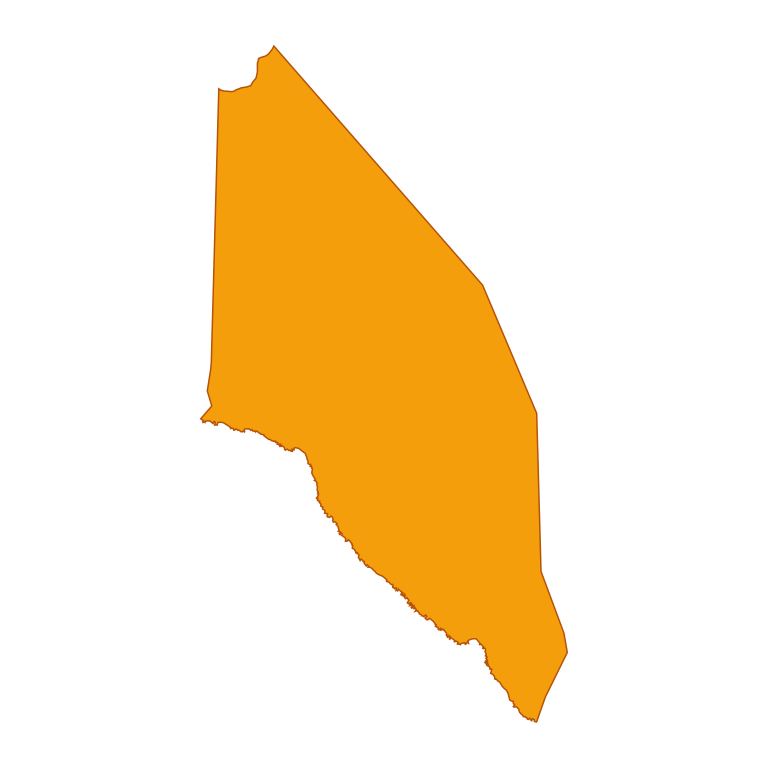 Mbadjini Ouest, Andjazîdja, Comoros
{"feature_id": "10938185B5285365051467", "entity_name": "Mbadjini Ouest", "entity_type": "district", "adm_level": 2, "iso_a3": "COM", "parent_name": "Comoros", "parent_adm1": "Andjazîdja", "projection": "mercator", "projection_center": [43.399, -11.847], "detail": "fine", "context": "isolated", "style": "filled", "palette": "amber", "viewbox_px": 768, "rotation_deg": 0, "n_neighbors": 0, "source": "geoboundaries", "source_scale": "gbopen_adm2", "svg_char_len": 6099}
<svg xmlns="http://www.w3.org/2000/svg" viewBox="0 0 768 768"><path d="M200.7,418.8L203.4,420.6L202.7,421.9L203.0,422.5L204.2,421.9L205.1,422.5L205.8,420.9L209.7,420.9L211.7,422.4L213.0,423.6L213.9,421.6L214.6,421.6L215.3,422.4L214.7,425.1L216.2,424.9L217.2,425.1L217.7,422.9L218.2,422.4L221.8,422.3L223.9,423.0L229.7,426.7L230.8,428.6L231.8,428.0L232.7,428.5L233.5,428.9L233.7,430.1L234.5,430.2L235.5,429.1L236.9,429.3L237.5,430.2L239.0,430.2L240.0,430.8L240.8,431.7L242.3,431.8L243.1,431.1L243.7,431.4L244.3,432.0L244.7,431.4L244.2,430.6L244.2,429.6L244.5,429.0L245.5,428.9L249.3,428.9L250.9,430.4L252.0,429.6L253.0,431.1L255.0,431.1L255.7,432.0L256.1,431.2L257.5,431.3L258.4,432.6L259.8,433.2L260.4,434.0L263.9,434.8L263.9,435.7L268.7,439.4L270.3,439.5L271.2,440.5L272.9,441.0L274.0,441.5L275.0,441.0L275.6,441.2L275.8,442.4L277.9,442.8L277.9,443.3L277.2,444.0L278.5,444.5L279.3,445.3L280.1,444.0L281.0,444.6L280.0,446.4L281.6,446.4L282.5,445.8L284.5,447.8L284.5,449.4L285.3,450.1L285.7,449.6L286.6,449.6L287.3,449.1L288.9,450.5L290.8,450.4L291.1,451.2L292.4,451.3L292.1,449.3L294.0,450.0L294.2,449.6L294.0,448.4L294.7,447.7L297.3,448.0L299.4,448.8L301.1,450.3L305.2,453.4L306.4,456.3L306.9,458.0L307.1,459.1L308.0,461.1L308.0,463.6L309.8,464.5L310.6,464.5L310.9,465.2L310.2,466.2L311.6,466.4L311.7,467.0L311.4,467.9L312.3,468.5L312.3,469.3L312.3,470.2L311.9,471.1L312.1,472.0L311.7,472.9L313.3,476.2L315.1,479.1L315.1,479.7L314.4,480.4L315.7,481.0L317.0,482.9L316.9,485.2L317.5,487.0L317.2,489.4L317.2,490.4L317.4,490.9L318.2,491.8L318.2,492.4L317.5,493.2L317.6,493.8L318.5,494.1L318.5,494.7L317.8,496.3L316.4,498.2L316.5,498.4L317.9,498.4L317.8,499.2L317.4,500.0L317.5,500.5L318.4,500.9L319.7,501.1L319.7,501.8L319.3,502.3L319.3,502.5L320.3,503.4L320.9,504.3L320.9,506.3L322.8,506.9L322.5,508.1L322.5,509.0L323.1,509.4L323.9,509.6L324.9,510.7L325.0,511.1L324.6,513.3L325.6,513.3L326.6,513.6L327.5,513.6L327.5,514.3L327.1,515.3L327.1,516.1L327.2,516.6L327.9,517.1L328.9,517.2L329.4,517.4L329.9,517.1L331.1,516.1L332.0,516.8L332.9,518.3L333.1,519.2L332.6,520.1L333.3,522.2L334.9,521.7L337.0,523.6L336.2,524.7L337.6,525.9L338.2,527.0L338.5,528.5L338.8,529.3L338.9,530.9L338.2,531.3L338.5,531.5L340.3,531.8L340.3,532.5L339.3,533.5L339.3,534.1L340.1,534.7L341.0,532.9L341.4,533.0L342.3,534.0L341.8,535.6L342.7,535.9L343.7,536.8L344.6,537.3L345.8,538.8L345.5,539.7L345.5,541.3L346.9,541.3L348.4,539.6L348.7,539.9L348.7,540.5L349.8,540.8L350.5,542.1L351.0,542.4L351.7,543.8L352.2,544.0L352.2,544.4L351.9,545.0L352.7,545.7L352.6,546.7L352.2,547.5L352.4,548.3L354.0,549.0L354.8,550.1L354.9,550.6L355.7,551.5L355.8,552.8L356.7,553.4L357.5,552.8L357.5,553.6L359.0,554.9L359.0,555.4L358.3,557.1L360.1,560.5L360.8,559.2L361.6,559.3L363.4,561.7L364.2,561.5L364.2,563.3L366.3,566.0L367.2,564.9L368.6,566.1L368.0,567.1L370.1,567.3L372.1,568.6L373.3,570.0L375.0,571.4L376.1,572.9L376.6,573.3L377.4,573.9L378.7,574.6L381.8,575.9L383.0,576.6L385.0,578.2L387.1,580.1L386.4,581.0L386.5,581.4L387.5,581.7L388.5,581.9L390.2,583.5L391.2,584.6L392.5,584.4L393.2,585.7L392.6,586.8L392.8,587.5L393.6,587.5L394.7,588.8L396.3,587.8L396.6,588.1L396.0,590.6L396.9,590.4L397.7,590.9L398.5,589.2L400.5,591.1L401.3,591.4L401.8,592.0L401.2,593.8L402.4,592.8L402.9,593.0L402.9,594.2L401.6,594.3L401.7,595.1L402.7,595.3L403.2,596.1L404.2,596.0L404.8,594.3L405.2,595.2L404.4,596.7L404.5,597.4L405.6,598.7L406.9,597.6L407.4,598.4L408.9,600.2L407.5,602.4L407.5,603.2L408.6,603.5L409.2,604.2L410.5,602.6L411.1,602.7L411.2,603.8L409.9,605.6L410.3,605.5L412.3,604.4L412.5,605.4L411.2,607.5L411.7,608.1L414.1,605.8L414.4,607.5L413.7,608.6L414.1,608.8L415.1,608.0L416.3,609.7L415.2,611.3L417.3,610.7L419.1,612.8L419.1,613.4L419.8,614.2L420.8,614.5L421.6,615.2L421.5,615.8L422.7,615.8L423.8,616.7L425.7,615.0L426.8,616.3L425.1,618.1L426.7,619.7L427.9,619.8L429.5,618.4L431.1,619.4L433.2,621.3L434.4,622.6L435.2,623.9L435.2,624.5L436.3,624.6L436.3,624.9L435.4,626.3L437.4,627.3L438.1,627.3L438.1,629.0L439.0,629.9L440.5,628.3L441.3,628.9L440.4,629.8L441.0,630.3L442.7,629.2L443.4,629.2L443.5,629.9L444.8,631.0L446.5,633.3L446.4,635.4L446.9,635.7L447.9,635.2L448.1,635.9L447.3,636.9L447.7,637.3L449.7,636.1L450.0,636.9L449.4,638.9L449.9,639.2L450.7,637.3L454.7,640.6L454.3,641.7L454.6,641.9L455.7,641.0L458.1,642.3L457.4,644.1L458.5,644.2L459.2,643.9L460.4,644.7L461.1,643.5L464.7,642.8L465.0,643.1L465.2,644.3L465.7,644.2L467.1,642.4L468.5,643.3L468.0,640.6L469.8,639.7L471.9,639.0L474.0,638.7L476.3,638.9L478.3,641.3L480.0,643.3L479.5,644.4L479.9,644.7L480.8,644.1L483.6,646.9L482.6,648.1L483.2,648.7L484.2,647.9L485.3,648.6L485.5,650.4L485.0,651.2L486.3,654.8L485.4,655.8L485.6,656.1L486.5,656.3L487.1,657.3L485.9,658.2L487.0,659.4L485.7,660.9L487.5,660.8L487.5,661.6L485.1,662.7L486.2,663.6L487.4,662.8L487.9,663.7L486.6,664.9L487.1,665.4L488.3,665.1L488.2,666.2L488.9,666.4L489.8,667.4L489.8,669.1L491.7,669.1L491.7,670.0L490.9,672.4L490.7,673.4L492.6,674.2L494.4,676.3L494.7,677.0L494.7,678.9L495.4,679.3L496.5,679.3L498.1,681.3L498.6,681.5L499.6,682.1L502.4,686.4L502.9,687.0L504.2,688.5L505.0,689.1L506.6,690.4L507.3,692.0L507.9,693.0L508.6,695.4L509.7,699.8L510.0,700.2L511.7,701.1L513.4,701.4L513.3,703.5L513.5,703.9L514.1,704.1L514.7,704.7L514.6,705.2L513.3,706.5L513.7,707.0L516.4,706.8L517.6,708.0L518.4,708.7L519.6,712.2L520.9,713.8L522.8,715.3L523.3,716.6L525.0,716.7L526.0,717.6L526.5,717.5L527.3,718.4L527.4,719.1L527.9,719.4L528.7,719.4L529.4,718.3L529.9,718.3L530.9,719.8L531.1,720.5L531.8,720.7L532.3,718.9L533.1,718.9L534.3,719.9L534.3,721.1L534.7,721.6L536.6,721.9L545.4,696.9L567.3,652.5L563.9,633.1L541.0,571.4L536.7,413.4L482.6,285.2L273.9,46.1L272.3,49.1L270.4,51.7L268.4,54.1L265.7,56.0L260.5,57.6L258.8,58.4L258.4,59.0L258.4,60.2L258.0,61.5L257.7,62.2L257.4,63.2L257.4,70.8L257.2,73.0L256.2,77.5L255.6,78.8L254.6,79.8L253.2,81.5L251.6,84.0L251.0,85.4L250.6,85.7L246.6,87.0L243.3,87.5L241.1,87.9L239.2,88.7L236.0,89.9L234.1,91.1L232.3,91.6L230.8,91.6L227.9,91.3L224.3,91.1L220.9,90.2L218.8,88.8L211.3,362.8L210.6,369.9L207.3,390.9L211.8,406.0L200.7,418.8Z" fill="#f59e0b" stroke="#b45309" stroke-width="1.5"/></svg>